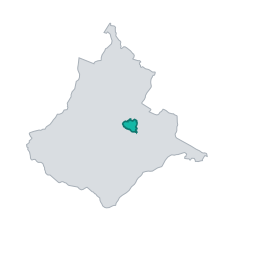 location of Mweka, Kasaï-Occidental, Democratic Republic of the Congo, rotated 210°
{"feature_id": "63176286B85649689551019", "entity_name": "Mweka", "entity_type": "district", "adm_level": 2, "iso_a3": "COD", "parent_name": "Democratic Republic of the Congo", "parent_adm1": "Kasaï-Occidental", "projection": "orthographic", "projection_center": [21.572, -4.65], "detail": "fine", "context": "in_parent", "style": "filled", "palette": "teal", "viewbox_px": 256, "rotation_deg": 210, "n_neighbors": 0, "source": "geoboundaries", "source_scale": "gbopen_adm2", "svg_char_len": 6484}
<svg xmlns="http://www.w3.org/2000/svg" viewBox="0 0 256 256"><g transform="rotate(210 128 128)"><path d="M205.5,164.3L189.6,166.6L189.9,167.5L189.7,168.5L189.3,169.2L187.6,171.2L185.2,173.0L185.2,173.5L186.3,175.5L187.0,178.3L186.7,183.3L187.0,184.6L187.0,185.6L186.1,186.8L184.4,192.7L185.4,195.6L188.4,198.3L190.2,200.3L193.3,201.0L193.8,200.9L194.0,199.3L196.5,198.7L196.1,209.2L195.9,209.8L195.5,209.9L194.9,209.5L194.7,208.5L194.1,208.1L191.1,209.4L190.3,209.3L189.5,209.1L188.9,208.6L188.8,207.8L186.8,204.7L185.7,204.4L184.6,201.7L180.0,199.6L178.2,199.4L177.2,198.8L176.4,196.6L174.8,195.2L174.5,193.7L174.2,193.4L173.2,193.7L172.3,196.2L171.2,196.8L169.3,196.8L164.4,196.1L161.0,194.8L160.1,194.9L158.7,193.7L158.2,191.8L158.5,190.4L158.2,190.1L152.9,191.3L151.6,192.1L150.4,191.9L150.0,191.5L150.6,190.5L150.3,189.4L149.9,188.9L148.4,188.5L147.9,187.3L146.9,187.1L146.6,187.3L146.3,188.1L145.8,188.4L142.6,188.0L139.3,189.0L134.8,188.7L132.7,189.9L132.4,189.9L132.0,189.3L131.5,187.3L131.8,186.7L132.4,186.3L132.7,185.5L132.4,183.5L132.6,183.0L132.4,181.8L131.7,179.9L130.8,178.3L128.8,176.0L128.4,174.9L128.6,172.3L129.2,168.1L129.1,165.0L128.3,163.0L128.1,160.9L128.7,157.0L128.2,156.1L118.0,155.7L117.5,155.5L117.3,154.9L117.8,152.6L111.6,153.2L109.7,153.7L108.6,154.6L108.2,155.8L108.2,157.5L107.3,159.1L107.0,161.8L105.3,162.1L103.6,162.1L100.3,161.5L97.1,162.3L95.5,163.1L94.7,162.7L91.8,163.0L91.4,162.8L88.1,157.5L86.6,155.7L86.3,154.8L86.4,154.0L86.0,152.9L84.4,150.1L84.1,148.8L84.2,146.8L84.0,146.1L82.6,144.4L81.7,143.9L80.6,143.6L64.1,143.9L58.6,143.7L54.6,144.0L52.6,143.8L52.0,143.6L50.2,144.0L49.3,144.7L47.8,145.1L47.0,145.0L45.2,143.0L47.5,142.6L47.7,142.4L47.8,137.6L47.2,137.0L48.4,136.1L50.4,134.0L52.3,133.2L52.6,132.8L53.0,132.8L53.7,133.7L55.4,134.8L57.5,133.8L57.8,133.5L58.0,131.4L58.5,131.2L59.5,131.7L60.0,131.7L60.9,131.1L63.6,130.0L64.4,131.3L63.6,132.5L64.0,133.3L64.1,134.7L64.5,134.9L66.6,135.1L67.2,134.7L71.4,130.0L72.5,129.4L74.3,127.6L76.7,126.7L77.7,125.2L79.0,122.6L79.6,118.8L79.4,112.2L79.6,111.3L82.4,108.3L85.3,102.9L87.3,101.5L88.8,100.9L91.1,99.0L92.9,97.0L92.7,94.6L93.1,92.6L94.1,90.1L94.4,87.5L94.1,84.7L94.3,82.4L95.6,78.8L95.8,74.6L97.0,71.2L99.4,66.7L100.6,63.4L100.4,60.2L100.7,57.8L100.6,56.4L100.1,55.2L100.4,54.4L101.3,54.1L102.4,52.9L104.5,49.7L106.7,48.1L108.3,47.6L109.9,47.7L111.0,47.9L112.7,49.2L114.6,50.2L116.1,51.4L117.5,53.3L121.0,53.8L122.4,54.5L123.4,54.7L123.7,54.5L124.4,54.6L126.0,55.2L127.3,54.9L133.8,56.2L134.5,55.5L136.3,52.2L137.6,51.1L139.8,51.0L141.5,51.6L142.4,51.6L150.3,48.8L151.3,48.7L154.2,49.4L156.0,48.9L156.8,49.1L158.4,48.6L159.7,46.6L160.8,46.1L172.0,48.3L173.8,47.3L174.6,47.2L177.1,48.0L177.9,49.2L179.4,50.3L180.5,52.0L182.1,53.0L183.0,53.9L184.0,54.6L186.0,54.8L188.6,53.3L190.4,53.5L192.3,54.3L192.9,54.3L194.3,53.4L195.0,52.4L195.7,52.2L196.8,52.7L197.7,53.6L198.5,54.9L201.3,58.0L204.1,59.3L204.8,61.1L205.7,60.9L206.2,61.1L206.9,62.3L207.4,62.5L207.5,63.0L206.9,64.1L206.2,66.2L207.1,67.5L206.4,69.3L206.1,71.2L206.9,71.7L208.1,71.7L209.1,72.7L209.9,72.9L210.8,74.0L210.6,74.9L207.9,78.0L203.9,81.8L202.6,82.2L201.9,83.0L201.4,84.1L200.2,85.0L199.3,85.4L199.3,88.2L197.9,91.1L197.4,91.7L196.7,96.4L196.8,97.2L196.0,101.0L196.1,104.6L194.2,105.7L192.8,107.5L192.3,108.7L192.3,111.6L190.0,113.4L189.9,113.8L190.4,115.9L191.2,116.2L191.2,116.9L193.0,119.1L192.9,126.0L192.9,126.6L193.9,128.3L194.5,131.4L193.7,135.3L196.1,142.5L194.9,145.2L195.4,147.7L196.8,150.4L200.2,153.0L201.1,154.1L201.9,155.6L202.7,157.8L205.5,164.3Z" fill="#d9dde1" stroke="#a8b0b8" stroke-width="1"/><path d="M118.3,128.4L118.3,128.5L118.2,128.5L118.1,128.8L118.3,129.0L118.5,129.1L118.9,129.1L118.9,129.5L119.0,129.6L119.3,129.5L119.5,129.5L119.8,129.5L119.9,129.8L120.1,129.8L120.3,130.0L120.5,130.3L120.5,131.0L120.2,131.2L120.1,131.3L119.9,131.4L119.9,131.5L119.8,131.8L119.9,132.0L120.0,132.0L120.2,132.3L120.3,132.3L120.3,132.2L120.6,132.3L120.8,132.5L121.0,132.5L121.3,132.5L121.5,132.5L121.8,132.6L121.9,132.8L122.0,133.0L121.9,133.2L121.9,133.4L121.8,133.5L121.8,133.8L121.9,134.1L122.0,134.3L122.0,134.5L121.9,134.9L121.9,135.1L122.0,135.2L122.0,135.4L122.1,135.5L122.2,135.8L122.3,136.0L122.4,136.3L122.5,136.5L122.5,136.8L122.6,137.0L122.8,137.1L123.0,137.2L123.0,137.3L123.3,137.5L123.4,137.8L123.5,137.9L123.6,138.0L123.8,138.1L123.9,138.3L124.0,138.2L124.0,138.4L124.1,138.5L124.3,138.5L124.6,138.8L124.8,138.8L124.9,138.7L125.0,138.7L125.3,138.7L125.5,138.6L125.8,138.6L126.0,138.6L126.1,138.8L126.3,138.8L126.3,138.7L126.5,138.7L126.8,138.6L126.9,138.4L126.9,138.2L126.9,137.9L127.1,137.7L127.2,137.1L127.4,136.9L127.4,136.7L127.3,136.4L127.5,136.3L127.9,136.4L128.0,136.5L128.3,136.5L128.4,136.4L128.4,136.2L128.5,136.1L128.8,136.0L129.0,136.0L128.9,136.2L129.0,136.3L129.3,136.4L129.5,136.5L129.8,136.5L130.0,136.5L130.1,136.4L130.3,136.6L130.4,137.0L130.5,136.9L130.9,136.6L130.9,136.4L131.0,136.2L131.1,135.9L131.2,135.7L130.9,135.3L131.0,135.1L130.9,135.0L130.8,134.8L130.8,134.7L131.0,134.5L131.1,134.4L131.3,134.3L131.6,134.3L131.6,134.2L131.8,134.0L132.0,133.9L132.0,133.7L131.9,133.5L131.8,133.4L132.0,133.4L132.2,133.2L132.3,133.1L132.3,132.9L132.5,132.7L132.9,132.6L133.0,132.6L133.3,132.7L133.5,132.7L133.8,132.5L133.8,132.3L133.9,132.1L134.0,132.0L134.0,131.9L134.0,131.7L134.2,131.4L134.3,131.4L134.5,131.2L134.7,130.8L134.7,130.7L134.7,130.4L134.8,130.2L134.7,130.0L134.7,129.9L134.7,129.7L134.7,129.4L134.7,129.2L134.7,128.8L134.6,128.7L134.4,128.6L134.2,128.5L133.8,128.4L133.7,128.4L133.5,128.1L133.4,128.1L133.3,127.9L133.0,127.9L132.9,127.6L132.8,127.4L132.7,127.3L132.6,127.2L132.2,127.0L131.9,127.2L131.8,127.3L131.6,127.3L131.4,127.4L131.1,127.3L131.1,127.2L130.9,127.0L130.8,126.9L130.6,126.9L130.3,126.8L130.1,126.8L130.0,126.7L129.5,127.1L129.4,127.1L129.2,127.0L129.0,126.9L128.9,126.9L128.7,126.8L128.6,126.7L128.3,126.7L128.2,126.7L128.1,126.8L128.1,127.0L127.9,126.9L127.8,127.0L127.7,127.1L127.4,127.2L127.2,127.2L126.9,127.2L126.7,127.4L126.6,127.5L126.5,127.4L126.4,127.3L126.2,127.5L125.9,127.6L125.6,127.6L125.4,127.7L125.1,127.7L124.7,127.4L124.7,127.2L124.3,127.2L124.1,127.1L123.9,127.0L123.6,127.0L123.4,126.9L123.2,126.8L122.8,126.8L122.7,126.8L122.5,127.0L122.4,127.0L122.2,127.0L121.9,127.0L121.6,127.2L121.5,127.3L121.4,127.3L121.3,127.5L121.1,127.6L120.9,127.7L120.7,128.0L120.4,128.2L120.2,128.2L119.7,128.0L119.4,128.2L119.2,128.3L118.9,128.3L118.7,128.3L118.4,128.5L118.3,128.4Z" fill="#14b8a6" stroke="#0f766e" stroke-width="1.5"/></g></svg>